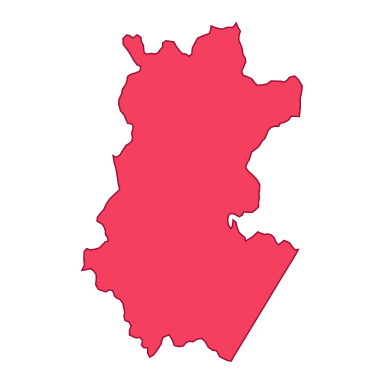 São José do Povo, Mato Grosso, Brazil
{"feature_id": "56859067B50563436026084", "entity_name": "São José do Povo", "entity_type": "district", "adm_level": 2, "iso_a3": "BRA", "parent_name": "Brazil", "parent_adm1": "Mato Grosso", "projection": "natural_earth1", "projection_center": [-54.277, -16.458], "detail": "fine", "context": "isolated", "style": "filled", "palette": "rose", "viewbox_px": 384, "rotation_deg": 0, "n_neighbors": 0, "source": "geoboundaries", "source_scale": "gbopen_adm2", "svg_char_len": 3091}
<svg xmlns="http://www.w3.org/2000/svg" viewBox="0 0 384 384"><path d="M240.3,31.1L238.0,27.5L236.2,23.0L233.0,27.4L227.8,27.3L222.1,29.2L218.0,28.4L214.2,27.2L211.1,26.0L210.5,30.7L209.0,33.8L205.2,34.9L201.7,36.4L197.7,38.1L195.5,42.0L192.4,47.9L191.8,54.1L189.0,56.3L185.5,53.9L182.0,53.5L179.3,50.5L176.8,47.2L173.7,41.8L165.8,40.8L162.6,43.2L162.7,47.1L160.4,49.5L158.3,52.6L154.9,54.2L151.7,53.4L146.4,54.3L143.9,52.1L143.7,48.5L143.2,44.8L141.5,42.0L140.8,37.2L137.0,34.8L133.2,38.1L129.8,35.7L126.6,35.0L123.0,38.7L123.2,44.4L127.6,50.0L130.7,54.8L133.1,59.3L137.1,64.9L140.7,66.2L140.0,71.0L135.2,73.1L130.6,74.4L127.6,76.5L126.9,81.4L125.3,85.1L122.4,89.2L121.6,94.1L120.1,96.9L118.9,100.1L118.8,104.6L120.6,110.9L124.3,115.2L126.2,119.9L127.6,123.2L132.4,124.2L133.2,127.9L131.7,133.2L132.5,137.7L131.7,141.2L129.4,143.5L126.1,145.3L122.9,150.3L119.6,155.3L116.4,157.4L113.1,155.7L114.4,163.5L115.6,167.0L116.7,172.2L117.7,179.1L118.4,184.0L119.7,189.5L114.9,194.0L110.4,198.2L108.5,200.7L106.6,203.4L103.8,209.6L100.3,213.5L97.5,217.2L97.0,221.0L102.5,224.4L104.3,227.5L105.4,230.9L105.5,234.5L107.6,237.6L108.3,241.0L105.2,241.9L102.1,245.2L99.4,247.9L94.6,249.3L90.1,249.9L86.7,248.6L84.2,251.6L83.9,259.2L84.4,265.1L81.9,270.3L86.1,269.7L90.6,268.7L93.7,270.9L96.2,274.4L96.3,278.9L95.7,284.7L98.3,289.3L101.3,290.4L105.8,291.9L109.3,289.7L112.7,290.7L114.6,296.0L117.0,298.2L120.2,299.5L122.8,303.3L124.0,308.4L124.7,312.3L124.0,316.2L125.1,320.5L129.1,322.0L131.1,325.9L129.5,330.5L129.5,335.0L136.0,337.9L140.1,337.4L142.6,340.8L141.4,345.0L143.6,347.6L147.7,347.9L147.7,353.0L149.7,357.1L153.3,355.1L156.6,351.0L160.8,344.5L161.8,340.8L162.7,337.6L166.2,335.9L169.2,335.0L172.3,339.8L174.3,345.5L178.7,346.6L183.1,346.0L186.7,342.2L189.7,341.3L192.9,341.8L197.3,339.1L201.9,338.5L205.7,342.2L208.2,347.1L212.6,350.2L216.6,350.8L219.5,356.5L223.4,358.6L228.2,360.7L231.3,361.0L233.2,357.3L265.7,303.8L278.2,283.0L295.6,254.5L298.3,249.5L295.1,249.8L292.7,247.3L289.5,242.8L284.1,240.4L279.0,244.6L276.4,243.0L274.0,237.5L271.1,234.9L268.0,233.9L264.8,234.5L261.0,233.3L257.9,231.9L252.4,236.9L245.6,241.1L244.9,237.6L239.2,232.6L237.3,228.3L236.0,222.4L233.1,219.9L232.6,225.6L230.9,228.7L228.9,225.9L227.8,221.8L227.8,218.3L228.8,214.8L231.6,213.3L235.5,214.6L239.2,216.8L242.4,215.0L243.7,211.8L248.8,212.4L252.5,212.2L256.2,209.0L258.6,206.8L258.5,202.6L259.4,197.9L258.9,193.4L259.6,189.8L259.6,184.3L256.6,179.3L253.0,175.4L248.5,171.5L245.7,167.7L246.8,163.7L249.2,159.6L250.4,156.1L251.6,152.0L254.9,149.6L258.0,147.3L260.4,144.0L262.3,140.7L264.7,138.8L266.8,133.8L268.2,130.4L271.1,127.3L274.5,126.2L278.6,126.3L280.3,123.2L284.6,122.3L288.8,119.8L291.3,116.1L295.0,116.3L299.3,116.5L300.3,107.4L300.2,98.7L301.8,90.4L302.1,85.7L298.2,79.4L294.5,76.0L289.5,77.3L287.3,79.9L284.4,82.3L280.6,81.2L275.6,81.2L271.1,81.0L266.9,84.1L261.0,85.1L257.5,85.3L254.6,82.8L252.2,79.2L248.2,77.1L243.0,75.3L241.7,71.4L243.5,66.9L245.7,62.1L245.2,58.2L242.9,54.3L242.1,48.7L240.5,44.0L238.9,40.8L238.9,35.9L240.3,31.1Z" fill="#f43f5e" stroke="#9f1239" stroke-width="1.5"/></svg>